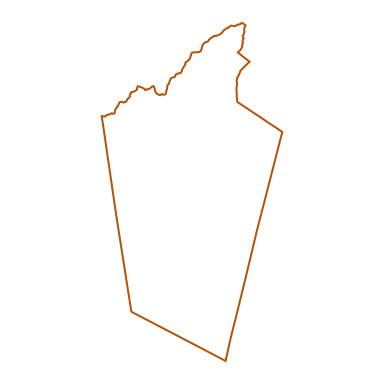 Uruçuí, Piauí, Brazil (Natural Earth projection)
{"feature_id": "56859067B38416521991119", "entity_name": "Uruçuí", "entity_type": "district", "adm_level": 2, "iso_a3": "BRA", "parent_name": "Brazil", "parent_adm1": "Piauí", "projection": "natural_earth1", "projection_center": [-44.572, -7.785], "detail": "fine", "context": "isolated", "style": "outline", "palette": "amber", "viewbox_px": 384, "rotation_deg": 0, "n_neighbors": 0, "source": "geoboundaries", "source_scale": "gbopen_adm2", "svg_char_len": 2631}
<svg xmlns="http://www.w3.org/2000/svg" viewBox="0 0 384 384"><path d="M101.7,116.2L103.9,130.4L104.0,131.3L105.8,143.9L114.8,205.5L115.9,213.1L129.9,302.4L131.3,311.3L132.2,312.2L198.4,346.7L225.6,361.0L225.9,359.5L227.3,353.3L230.9,337.1L235.4,319.4L245.4,278.8L256.3,233.2L256.8,231.0L257.2,229.5L268.8,184.5L282.3,131.9L267.3,122.0L261.5,118.0L260.9,117.6L250.8,110.9L237.5,102.1L237.1,100.9L237.2,99.0L236.7,97.5L236.7,94.9L236.8,94.0L236.8,93.2L236.5,90.8L236.6,89.8L236.4,87.7L236.5,87.0L236.8,86.0L237.0,84.9L237.1,84.2L237.0,82.6L236.6,81.0L236.6,80.2L237.1,79.1L237.2,77.7L237.8,76.8L238.6,75.6L239.0,74.1L239.6,73.4L239.9,72.4L240.6,70.5L249.5,61.7L237.9,52.5L238.8,51.4L239.8,50.7L241.5,48.5L241.8,47.5L242.1,46.3L242.2,45.2L242.4,44.4L243.0,42.8L242.6,42.0L242.6,40.9L242.9,39.5L243.7,38.2L243.2,37.5L242.7,36.2L243.2,35.3L243.6,34.5L244.1,32.6L244.3,31.7L244.1,29.0L244.3,28.2L244.6,27.4L245.2,26.3L245.5,25.3L244.9,25.1L243.6,23.8L243.0,23.4L241.6,23.0L240.9,23.4L240.1,24.2L238.6,24.5L237.3,24.8L235.2,26.1L234.0,26.3L231.7,25.6L231.0,25.7L230.2,26.1L229.2,26.9L228.5,27.6L226.7,28.2L226.0,28.6L225.1,29.5L223.5,30.6L222.8,31.5L222.3,32.5L221.4,33.3L220.5,33.8L219.3,34.7L217.2,35.4L215.9,36.0L214.3,35.9L213.7,36.2L212.6,37.0L211.9,37.3L211.1,37.9L208.9,39.9L208.3,40.9L207.9,41.5L207.1,41.9L205.7,42.0L203.2,44.2L202.7,44.9L202.3,46.1L202.1,47.0L201.3,49.7L201.0,50.7L200.4,51.3L199.6,51.8L197.4,52.3L195.5,52.3L194.9,52.3L193.4,52.4L192.3,52.5L191.3,53.6L191.3,54.5L190.6,56.1L190.2,57.9L188.7,60.2L186.0,62.1L185.3,63.0L185.2,65.0L184.2,66.1L182.2,69.5L181.9,70.7L181.6,71.6L180.4,73.1L179.5,73.2L177.9,73.4L177.1,74.1L175.5,74.7L175.3,76.1L174.4,77.2L173.6,77.3L172.9,77.5L172.3,77.5L171.5,78.0L170.8,78.7L169.9,80.5L168.9,83.9L168.0,84.6L167.4,85.5L167.3,86.9L167.1,87.6L167.1,88.5L166.9,89.5L166.4,90.1L166.1,92.7L165.3,94.5L164.0,94.7L162.6,94.5L162.0,94.0L161.4,94.5L160.2,95.2L158.8,94.8L157.2,93.7L156.4,93.5L156.0,92.9L155.7,92.1L155.0,90.8L154.6,88.3L154.1,87.5L153.8,86.3L152.8,86.2L150.9,87.5L150.2,88.3L149.4,88.7L148.4,89.3L147.2,89.2L146.3,89.7L145.4,90.2L144.4,88.8L143.1,88.2L141.9,87.5L140.0,87.0L139.3,86.4L137.6,86.3L137.2,87.6L136.9,89.4L136.5,90.1L134.8,91.2L133.0,91.9L131.0,92.3L130.5,93.9L129.7,95.1L129.9,96.5L128.9,98.0L127.8,98.6L127.2,99.5L126.6,101.1L125.8,101.8L123.6,102.6L122.8,102.1L120.6,101.8L119.5,102.3L118.8,103.7L117.8,106.3L117.0,107.0L116.5,108.0L115.9,108.4L115.5,109.3L114.9,111.0L114.8,112.6L114.3,113.5L112.9,113.8L111.8,113.2L110.0,114.3L107.8,114.6L106.3,115.4L105.2,116.5L103.5,116.5L102.7,116.3L101.7,116.2Z" fill="none" stroke="#b45309" stroke-width="2"/></svg>